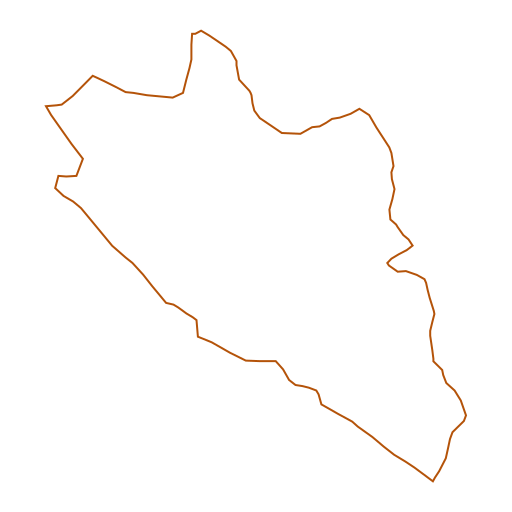 the district of Pshdar, As-Sulaymaniyah, Iraq
{"feature_id": "34846034B40807866261239", "entity_name": "Pshdar", "entity_type": "district", "adm_level": 2, "iso_a3": "IRQ", "parent_name": "Iraq", "parent_adm1": "As-Sulaymaniyah", "projection": "robinson", "projection_center": [45.138, 36.265], "detail": "fine", "context": "isolated", "style": "outline", "palette": "amber", "viewbox_px": 512, "rotation_deg": 0, "n_neighbors": 0, "source": "geoboundaries", "source_scale": "gbopen_adm2", "svg_char_len": 1786}
<svg xmlns="http://www.w3.org/2000/svg" viewBox="0 0 512 512"><path d="M432.9,481.3L435.0,477.5L439.1,471.3L445.8,458.3L447.9,448.9L450.0,439.0L452.5,432.2L458.2,426.6L463.9,421.0L466.0,415.4L460.8,400.5L454.6,390.5L446.3,383.0L443.2,375.0L442.2,370.0L433.4,361.3L433.4,358.8L432.3,350.1L430.2,335.8L430.2,330.8L432.3,322.1L434.4,314.0L433.8,310.9L429.7,297.9L427.6,289.8L426.1,282.9L424.5,279.2L416.8,274.9L405.9,271.1L397.7,271.7L388.9,265.5L387.3,263.0L391.4,258.7L398.7,254.3L406.9,250.0L412.6,245.6L408.5,239.4L403.3,235.1L397.6,227.0L396.1,224.5L390.4,219.5L389.4,209.6L392.4,199.0L394.5,189.1L391.9,179.1L391.4,172.3L393.5,166.1L391.4,153.0L389.3,147.4L376.4,127.5L369.2,115.1L359.4,108.8L350.6,113.8L339.8,117.6L332.0,118.9L325.8,123.0L319.6,126.4L312.1,127.2L300.4,133.8L281.8,133.0L270.8,125.5L259.8,118.1L254.3,110.6L252.5,103.3L251.5,95.2L250.5,92.7L249.4,90.8L239.1,79.6L236.5,65.3L236.5,61.0L230.9,51.0L225.7,46.7L209.2,35.5L201.1,30.7L195.3,33.8L192.1,33.8L191.4,44.7L191.4,59.5L189.5,68.0L186.3,79.7L183.0,92.9L172.7,97.6L146.9,95.2L133.4,92.9L125.6,92.1L115.3,86.7L104.3,81.2L97.3,77.9L92.7,75.8L85.0,83.6L72.7,96.0L61.7,104.6L56.6,105.3L46.0,106.2L51.1,115.0L71.4,143.8L82.9,158.8L76.4,175.9L66.3,176.5L58.4,175.9L55.2,188.1L63.5,195.9L73.1,201.5L81.0,208.1L90.2,219.2L101.7,233.1L112.2,245.8L125.6,257.5L132.5,263.0L143.1,274.6L152.3,286.3L166.1,302.9L173.5,304.6L178.1,307.4L182.8,310.8L186.3,313.4L192.8,317.3L196.5,320.1L197.9,336.7L211.7,342.3L214.5,343.9L230.1,352.8L245.8,360.6L258.7,361.1L275.7,361.1L283.1,369.4L289.1,380.0L295.5,385.0L302.5,386.1L308.9,387.7L316.3,390.5L318.6,394.4L321.4,404.4L337.9,413.8L352.2,421.6L357.8,426.6L372.5,437.1L383.6,446.5L394.2,454.8L405.3,461.5L414.5,467.6L432.9,481.3Z" fill="none" stroke="#b45309" stroke-width="2"/></svg>